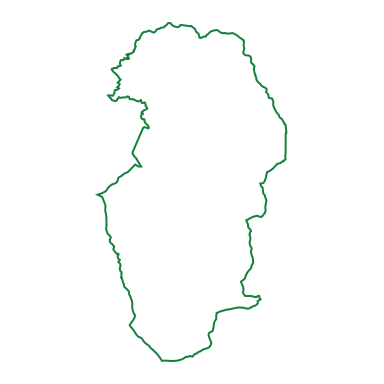 Alexandru Cel Bun, Neamt, Romania (Natural Earth projection)
{"feature_id": "2599482B4388035429906", "entity_name": "Alexandru Cel Bun", "entity_type": "district", "adm_level": 2, "iso_a3": "ROU", "parent_name": "Romania", "parent_adm1": "Neamt", "projection": "natural_earth1", "projection_center": [26.258, 46.915], "detail": "fine", "context": "isolated", "style": "outline", "palette": "green", "viewbox_px": 384, "rotation_deg": 0, "n_neighbors": 0, "source": "geoboundaries", "source_scale": "gbopen_adm2", "svg_char_len": 5933}
<svg xmlns="http://www.w3.org/2000/svg" viewBox="0 0 384 384"><path d="M246.6,308.6L249.1,308.5L253.6,306.0L255.2,305.7L255.9,305.2L257.8,303.5L257.7,301.1L260.6,299.4L260.5,299.0L259.5,298.1L259.3,297.6L259.3,296.2L259.0,295.8L257.9,296.0L256.6,296.9L255.8,297.2L250.2,295.8L249.2,296.0L245.2,296.0L243.2,293.4L243.1,292.1L243.5,289.5L243.1,287.0L241.0,281.9L241.0,281.6L244.3,279.2L245.6,276.7L245.8,275.4L246.8,273.7L247.1,272.6L247.6,272.2L248.7,270.6L249.7,269.7L250.9,268.3L251.9,264.9L253.2,262.8L252.7,257.5L252.1,256.5L251.0,252.4L251.2,249.7L251.6,249.0L251.7,248.2L250.2,245.7L249.9,244.7L249.6,242.3L250.4,238.8L250.3,237.5L250.0,236.0L249.4,235.0L249.8,234.3L249.8,232.4L250.9,231.3L250.9,230.8L250.6,230.0L248.6,227.7L248.1,226.5L248.0,224.3L247.0,222.2L246.4,220.0L247.8,219.7L249.5,218.5L253.3,216.7L257.4,215.7L259.1,216.6L261.3,217.0L262.3,216.1L264.8,213.0L265.3,212.0L265.6,210.4L265.3,206.7L266.5,200.2L265.3,197.5L264.9,195.4L263.6,193.9L263.1,192.7L263.1,191.6L262.6,187.6L261.6,186.8L261.0,185.9L260.3,183.5L262.9,183.2L263.6,182.7L264.3,181.7L264.8,180.8L265.9,177.6L266.9,172.4L267.4,172.0L269.4,171.2L273.2,168.4L274.3,166.9L275.6,165.8L277.0,164.0L280.3,163.1L283.2,160.9L283.4,161.2L283.8,160.9L285.4,159.3L285.6,158.8L285.2,156.3L285.6,153.1L285.7,134.4L285.9,133.0L286.2,133.1L286.4,131.6L285.5,124.5L284.5,124.1L283.8,122.1L282.7,120.7L282.1,119.3L279.7,117.3L279.3,116.7L278.8,115.0L276.3,112.1L273.5,106.4L273.2,104.1L273.3,101.3L272.5,99.5L271.8,98.3L269.6,98.2L268.8,97.7L268.5,96.3L268.3,94.5L266.0,91.9L266.7,90.0L266.5,88.9L265.3,87.8L262.6,86.6L261.8,85.9L260.6,84.6L260.3,83.9L258.9,83.0L257.7,81.7L256.4,79.7L256.2,77.3L255.2,75.7L255.4,74.9L254.5,72.6L253.8,69.2L254.0,68.6L253.9,68.2L254.4,66.9L254.3,66.0L254.2,65.6L253.5,65.2L253.1,64.3L252.0,63.5L251.0,62.2L251.1,60.5L250.9,57.4L250.2,56.4L249.1,55.6L245.9,55.3L244.4,54.6L243.2,52.7L244.3,48.2L243.6,45.5L244.0,42.0L243.4,40.7L243.7,40.3L238.7,36.8L236.7,35.1L232.8,33.1L228.1,33.6L227.1,33.6L224.9,32.9L224.0,33.2L221.4,32.9L218.7,31.2L218.3,30.7L216.9,30.1L215.5,30.2L212.0,30.9L210.2,31.9L208.4,33.8L206.5,35.3L205.9,36.5L204.0,36.6L200.3,38.1L199.6,37.7L198.5,33.7L196.1,31.7L195.0,29.0L191.1,25.9L190.3,26.2L182.7,25.2L181.1,24.8L179.7,25.6L179.5,26.5L177.7,27.2L173.9,26.3L171.5,24.5L170.9,23.5L170.2,23.2L168.2,23.0L166.6,25.0L165.2,25.9L164.0,27.3L160.9,27.8L159.8,28.6L157.3,29.1L156.3,30.1L155.7,31.3L154.4,32.2L153.5,32.6L149.2,30.6L146.4,31.7L144.1,31.9L141.8,33.6L139.8,37.7L139.9,38.3L139.3,38.8L138.8,39.7L136.3,40.4L135.5,42.7L135.0,44.7L135.4,45.4L135.3,46.2L135.7,46.7L135.3,47.2L134.6,49.6L133.6,50.5L134.0,51.2L133.4,52.1L132.8,52.2L132.4,52.8L130.4,53.7L129.0,54.2L128.3,53.8L127.9,54.2L126.5,54.7L126.6,54.9L126.9,55.0L128.1,54.7L128.4,55.1L128.4,55.3L128.0,55.4L127.8,56.4L128.1,56.7L128.2,58.1L128.9,58.4L128.9,58.8L127.8,59.0L128.1,58.1L127.7,57.9L127.4,58.6L127.1,58.6L127.2,58.0L126.8,57.9L125.5,58.6L124.5,58.3L124.7,58.9L123.8,59.8L120.8,60.2L120.6,60.5L120.6,61.5L120.0,62.1L119.8,62.6L120.2,64.6L120.8,65.5L120.7,65.8L117.8,66.4L117.6,66.7L117.6,67.5L117.0,67.9L113.9,68.1L111.7,69.1L111.9,69.8L113.5,71.9L114.6,72.7L117.4,75.4L118.5,76.7L118.9,78.0L120.6,79.6L117.7,82.7L118.7,83.1L119.7,84.0L118.9,85.6L117.3,87.2L118.8,88.1L119.1,88.5L116.7,90.0L115.9,89.7L114.7,90.4L114.5,92.5L114.2,93.0L114.1,93.7L113.0,95.7L110.0,95.3L108.2,95.5L110.0,97.7L111.0,98.4L111.7,99.9L115.1,101.2L115.8,101.0L116.9,100.2L117.0,99.6L118.4,98.1L118.8,97.2L119.1,97.2L120.2,97.9L120.6,97.9L123.8,97.3L126.1,97.4L126.8,97.1L127.2,96.5L127.7,96.4L129.0,97.0L129.4,98.5L129.9,99.2L131.4,99.3L132.9,99.0L133.7,99.6L137.7,101.3L138.4,101.4L139.6,101.1L140.6,100.1L140.9,100.1L141.8,102.9L142.7,103.0L144.3,102.4L145.1,102.9L145.6,104.5L145.5,105.7L146.7,107.2L147.3,108.5L145.3,109.8L143.4,110.6L141.8,112.1L141.5,113.0L141.8,113.3L142.7,113.3L142.9,113.8L141.5,115.1L141.0,116.0L141.0,116.4L141.5,118.4L142.2,119.0L143.5,119.4L143.6,119.1L144.4,119.3L144.5,121.3L144.9,122.3L148.1,125.8L148.6,126.8L148.8,127.8L148.4,128.4L144.5,127.1L143.2,127.7L132.6,152.2L132.6,153.7L132.9,154.3L133.6,155.0L134.5,156.7L135.8,157.8L141.1,166.5L139.3,166.6L138.3,166.4L135.2,164.5L128.1,171.9L124.3,173.6L121.4,176.0L118.7,177.4L118.0,178.9L117.4,181.5L116.2,182.8L114.6,183.6L111.9,184.5L110.3,185.6L107.9,188.0L106.5,190.4L104.8,191.8L101.5,193.4L97.6,194.7L101.5,196.6L102.4,197.3L105.0,204.2L105.5,205.8L105.2,210.5L106.1,214.7L106.4,218.9L106.5,226.4L106.1,228.3L106.2,229.4L107.6,233.7L109.6,235.5L110.8,237.2L109.8,239.8L109.8,241.3L110.8,243.1L112.1,244.0L114.0,246.4L114.1,247.1L113.3,248.9L113.7,250.0L116.1,253.2L116.9,253.8L118.3,253.7L118.6,254.1L118.5,254.8L117.9,255.1L117.6,256.0L117.8,257.2L118.6,259.0L119.9,259.9L119.2,261.0L118.4,261.5L118.3,261.8L120.0,263.6L120.6,265.8L119.9,267.4L119.9,268.3L120.0,269.9L120.4,271.0L121.6,272.2L121.4,273.2L121.5,274.8L121.3,275.9L121.6,277.0L121.1,277.6L121.9,278.3L123.1,282.5L123.8,284.1L124.1,286.3L124.4,286.9L128.2,290.5L128.8,291.5L129.1,292.3L129.1,294.1L129.5,295.1L130.6,296.8L130.7,297.9L131.7,300.0L132.4,304.2L132.2,306.2L132.4,309.2L133.5,312.7L134.0,313.8L134.8,314.8L135.0,315.7L134.5,317.8L133.3,320.0L129.9,324.4L129.7,325.4L133.8,330.5L136.8,335.2L138.4,336.7L140.6,337.7L142.0,338.7L143.7,341.3L145.4,343.2L149.2,345.9L150.3,347.6L156.1,352.9L158.5,355.7L161.1,359.4L161.9,360.9L164.6,360.6L172.6,361.0L176.9,360.7L181.0,359.7L183.4,358.6L185.9,356.9L188.5,356.7L189.9,355.9L192.3,356.7L194.6,354.2L197.0,353.3L198.6,351.9L199.8,351.6L203.5,349.3L207.0,348.3L208.8,347.5L209.7,346.6L210.8,344.9L211.3,342.4L210.2,340.0L208.7,335.7L208.6,334.8L208.7,333.7L209.2,332.8L211.6,331.7L212.9,330.4L213.1,329.0L213.6,328.0L213.7,325.2L214.2,322.6L215.0,320.6L216.3,319.1L216.2,316.3L216.2,315.5L216.6,314.5L216.6,313.1L220.6,311.3L224.9,310.2L226.2,309.6L228.6,309.5L236.7,307.7L239.0,307.5L244.0,307.8L246.6,308.6Z" fill="none" stroke="#15803d" stroke-width="2"/></svg>